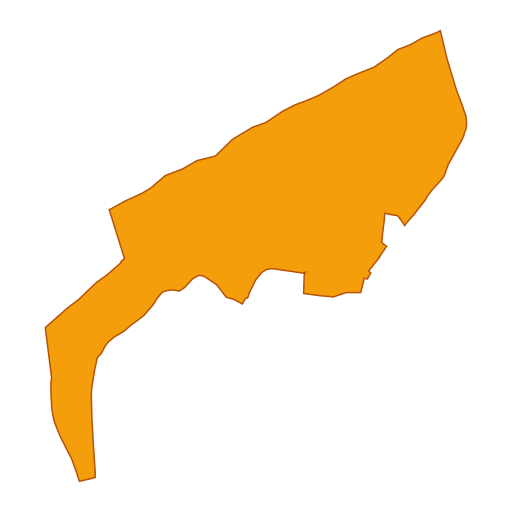 outline of Guediawaye, Dakar, Senegal
{"feature_id": "50182788B55211093773925", "entity_name": "Guediawaye", "entity_type": "district", "adm_level": 2, "iso_a3": "SEN", "parent_name": "Senegal", "parent_adm1": "Dakar", "projection": "equal_earth", "projection_center": [-17.396, 14.772], "detail": "fine", "context": "isolated", "style": "filled", "palette": "amber", "viewbox_px": 512, "rotation_deg": 0, "n_neighbors": 0, "source": "geoboundaries", "source_scale": "gbopen_adm2", "svg_char_len": 1956}
<svg xmlns="http://www.w3.org/2000/svg" viewBox="0 0 512 512"><path d="M79.5,481.3L91.5,478.5L95.2,477.5L95.2,472.0L93.2,442.3L91.9,418.3L91.3,395.4L91.6,388.8L94.8,369.1L97.3,357.8L101.6,353.0L105.1,346.1L108.6,341.7L114.4,336.9L124.3,331.0L131.9,324.3L136.9,320.9L144.2,315.1L152.8,305.2L157.4,298.0L162.5,292.0L166.9,290.7L171.5,290.0L176.0,290.4L179.2,291.1L184.6,287.5L192.8,278.7L198.4,275.5L201.4,275.5L205.1,276.9L216.8,284.9L226.3,297.3L233.7,299.3L242.3,304.0L242.4,303.9L243.3,302.2L244.9,299.4L245.5,298.4L246.8,298.0L247.4,298.0L247.5,297.8L247.7,297.6L248.0,297.1L249.2,293.1L255.9,279.6L261.6,272.6L266.0,269.8L269.7,268.8L273.4,268.8L283.7,270.3L294.8,271.9L303.1,273.2L305.3,272.2L304.2,275.0L303.6,293.5L320.8,295.8L333.4,296.9L346.2,292.6L360.7,292.6L364.3,278.2L367.3,279.0L370.8,273.1L368.6,271.0L379.6,257.2L379.3,257.0L386.6,246.4L381.7,242.6L382.5,234.3L384.3,219.7L384.8,213.3L385.0,213.3L389.1,214.2L397.9,215.8L404.7,225.5L404.8,225.3L406.4,223.1L414.7,213.7L416.3,211.4L425.1,200.3L426.7,197.0L431.6,190.5L441.6,179.5L444.2,175.9L448.1,164.8L460.7,142.1L461.8,140.0L463.7,136.0L464.6,132.4L465.9,129.4L466.6,124.1L466.4,121.0L466.1,117.8L465.7,115.4L464.3,111.7L461.8,104.0L456.6,90.6L447.3,59.7L440.3,30.7L438.5,31.7L436.7,32.6L422.3,37.9L410.3,44.7L397.7,49.6L386.9,58.3L374.1,67.1L357.9,73.6L345.9,78.8L333.1,87.2L331.1,88.3L330.8,88.5L319.1,95.2L306.7,100.5L294.7,105.0L283.0,111.0L270.5,119.4L269.3,120.2L265.8,122.5L252.3,127.4L232.4,139.4L217.4,154.1L215.8,155.7L215.5,156.0L197.0,160.6L182.4,169.0L165.4,175.5L150.0,188.6L140.9,193.8L125.1,201.0L110.8,209.0L109.2,209.6L124.5,258.6L121.1,261.4L121.4,262.3L107.0,274.9L96.6,282.3L78.9,299.3L67.4,308.1L45.5,327.4L45.5,327.6L45.4,328.3L51.6,377.9L51.6,378.2L51.6,378.3L50.8,383.5L51.1,395.5L51.7,407.4L52.5,412.9L54.0,420.7L56.2,426.5L58.8,433.1L61.3,438.6L65.7,447.3L71.5,458.6L76.0,470.8L79.4,481.3L79.5,481.3Z" fill="#f59e0b" stroke="#b45309" stroke-width="1.5"/></svg>